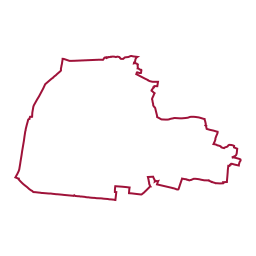 the district of Vladaia, Mehedinti, Romania
{"feature_id": "2599482B98574489737850", "entity_name": "Vladaia", "entity_type": "district", "adm_level": 2, "iso_a3": "ROU", "parent_name": "Romania", "parent_adm1": "Mehedinti", "projection": "robinson", "projection_center": [23.037, 44.369], "detail": "fine", "context": "isolated", "style": "outline", "palette": "rose", "viewbox_px": 256, "rotation_deg": 0, "n_neighbors": 0, "source": "geoboundaries", "source_scale": "gbopen_adm2", "svg_char_len": 5652}
<svg xmlns="http://www.w3.org/2000/svg" viewBox="0 0 256 256"><path d="M226.9,182.0L227.0,180.3L227.3,177.0L227.7,172.2L227.8,170.2L228.3,165.8L229.5,165.9L229.8,165.0L229.9,164.8L230.2,164.6L230.7,164.7L230.8,164.5L230.9,164.0L231.1,163.8L231.3,163.8L231.9,163.8L234.7,164.6L238.8,165.5L238.9,164.5L239.4,162.7L239.6,162.1L239.9,161.6L240.5,160.7L240.6,160.4L240.6,160.0L240.4,159.4L239.3,158.9L235.0,157.7L233.1,157.4L232.7,157.5L232.6,157.1L234.0,156.5L235.1,156.0L235.5,155.7L236.0,155.2L236.3,154.7L236.5,154.0L236.7,153.4L236.8,152.7L236.9,151.7L237.2,148.7L235.9,148.2L234.0,147.4L234.1,145.9L233.2,145.5L231.5,145.0L230.1,144.9L229.1,144.9L228.3,145.4L227.5,146.5L226.9,146.8L225.6,147.2L224.6,147.6L224.3,147.8L224.1,148.1L223.5,148.0L222.4,147.7L221.3,147.3L220.7,146.4L220.1,146.1L218.4,145.5L218.0,145.5L217.3,145.3L216.5,144.8L216.0,144.6L214.9,144.3L213.5,144.1L214.3,142.2L214.6,141.8L215.4,139.4L215.4,138.4L216.4,135.7L217.0,134.4L217.4,133.4L217.7,132.2L218.0,132.0L218.4,131.9L216.8,131.6L213.5,130.6L209.8,129.8L206.7,128.9L206.3,127.3L206.1,126.2L207.0,126.2L205.4,125.4L205.8,124.8L205.8,124.7L205.8,124.4L205.7,123.6L205.1,121.0L204.8,120.2L204.6,119.0L203.8,118.9L200.2,117.8L198.7,117.4L195.0,116.9L193.5,116.8L191.3,116.8L190.2,116.9L189.8,117.0L187.9,117.7L185.6,118.0L182.2,118.3L179.5,118.3L174.8,118.0L173.8,118.1L173.3,118.3L171.1,118.7L169.9,119.0L169.3,119.3L168.3,119.5L167.5,119.6L165.5,119.6L161.4,119.4L159.1,118.1L157.6,117.3L157.1,117.0L157.1,116.4L157.0,115.5L156.0,111.5L155.2,108.1L154.8,107.4L154.0,106.7L153.8,106.4L153.4,105.7L153.2,105.3L153.1,103.7L152.7,102.3L152.6,101.7L152.4,100.3L152.0,99.1L152.2,98.5L152.4,97.9L153.3,96.0L154.1,94.0L154.6,93.2L153.5,92.4L152.4,91.3L151.6,90.8L151.5,90.7L151.6,90.2L152.8,88.5L153.0,88.3L153.4,87.2L154.0,87.3L154.4,86.1L157.3,86.2L158.0,81.8L154.3,81.8L152.8,81.8L152.1,81.7L150.0,81.2L149.4,81.0L148.0,80.3L148.0,80.1L144.7,78.5L136.8,74.4L136.3,74.2L136.6,73.2L136.8,72.7L136.9,72.4L137.1,72.3L137.4,72.3L137.8,72.5L138.5,72.7L139.1,72.9L139.3,73.0L140.7,73.0L140.9,73.0L141.0,72.7L141.1,72.2L141.3,70.8L141.4,70.1L141.2,69.8L140.5,69.7L139.9,69.6L138.4,68.5L137.6,68.4L137.8,67.3L137.8,66.9L137.7,66.6L137.6,65.2L137.8,65.1L137.9,64.8L137.9,64.7L137.7,64.7L137.3,64.1L137.1,64.0L136.7,63.6L135.4,63.2L134.2,63.2L133.9,63.3L134.0,62.7L134.2,62.3L134.6,62.2L134.8,62.1L135.0,61.7L135.1,61.3L135.3,60.0L135.5,59.2L135.8,58.6L136.4,57.7L136.7,57.4L137.1,57.1L137.4,56.9L133.2,56.4L131.5,56.0L131.0,56.0L130.2,56.2L128.9,56.8L128.4,57.0L127.6,57.1L125.6,57.3L124.7,57.5L123.2,58.9L121.1,58.9L120.7,58.7L120.2,58.3L120.0,57.8L119.6,57.3L119.4,57.1L117.9,56.7L117.1,56.7L115.9,57.1L114.5,56.7L113.4,56.6L112.1,56.6L111.2,56.9L110.9,56.7L109.9,57.1L108.7,57.0L108.1,57.4L107.9,57.5L107.6,57.5L107.4,57.4L107.2,57.2L106.8,57.2L106.9,57.6L106.8,57.9L106.6,58.1L106.4,58.1L106.1,57.8L105.3,57.5L104.8,57.5L104.1,58.1L103.8,58.7L103.0,59.8L99.5,59.7L73.9,60.8L69.6,60.9L64.0,59.0L62.9,58.8L62.6,58.8L62.6,59.5L62.1,62.5L62.0,63.4L61.6,65.3L61.5,65.5L61.4,66.4L60.9,68.8L61.0,70.3L60.8,70.7L60.6,71.0L59.1,72.3L57.0,74.1L55.7,75.4L54.8,76.0L53.5,77.1L53.3,77.5L52.5,78.1L51.6,78.7L45.2,84.2L43.2,88.5L39.0,96.4L37.1,99.5L33.8,105.4L33.3,106.9L33.0,108.8L32.7,110.4L32.3,112.8L32.2,114.8L32.1,116.8L31.7,116.9L30.1,116.7L30.0,116.8L29.6,118.1L29.5,119.0L28.6,119.2L28.3,119.5L28.0,120.2L27.7,121.6L26.8,124.8L25.9,128.4L25.7,129.2L25.6,130.4L25.3,131.2L24.5,136.4L23.9,140.8L22.1,151.4L21.6,154.9L20.5,161.6L20.1,164.3L19.2,169.7L19.1,169.8L18.7,171.1L17.2,174.2L16.2,175.9L16.1,176.2L15.9,176.6L15.4,177.4L17.9,178.4L18.7,178.6L18.5,179.1L19.3,180.1L20.4,181.3L22.0,182.9L23.4,184.2L25.4,185.8L27.1,187.1L29.4,189.2L31.3,190.5L32.3,191.0L33.1,191.9L33.7,192.1L34.7,192.1L39.0,192.6L40.3,192.7L40.6,192.8L41.9,193.0L42.7,193.0L48.6,193.5L50.6,193.5L52.6,193.8L54.5,194.0L55.9,194.2L58.0,194.3L62.2,194.7L63.7,194.9L72.3,195.7L73.2,195.8L73.7,195.9L74.2,195.3L74.4,195.5L74.8,195.7L75.2,195.8L75.5,196.0L76.8,196.1L78.2,196.3L78.8,196.2L79.5,196.3L80.2,196.5L81.3,196.5L84.1,196.8L85.0,196.9L85.6,197.1L87.2,197.3L88.6,197.3L89.3,197.5L92.2,197.8L94.5,197.9L96.6,198.2L101.9,198.4L102.8,198.6L105.0,198.8L107.8,199.0L109.2,199.3L111.1,199.4L113.1,199.6L114.2,199.7L114.5,199.9L115.4,200.0L116.3,192.1L114.9,192.0L114.9,190.0L115.1,187.5L115.3,186.2L122.2,186.7L126.3,187.1L129.6,187.5L129.4,188.7L129.2,190.3L129.1,191.9L129.0,192.6L129.0,193.2L131.9,193.4L135.1,193.8L141.1,194.5L141.6,194.4L141.9,194.2L142.9,193.4L143.7,192.8L144.4,192.2L144.9,191.6L145.8,190.8L148.1,188.5L149.6,187.0L150.2,186.3L150.3,186.3L149.9,185.7L149.6,184.7L149.2,183.9L149.1,182.8L149.1,182.3L148.8,181.4L148.6,180.0L148.1,177.8L147.9,177.0L153.1,176.7L153.5,177.7L153.9,178.6L154.1,178.9L154.8,180.6L154.9,181.1L154.8,181.6L155.3,181.3L155.7,180.8L157.2,181.3L157.7,181.1L158.2,181.0L157.9,181.6L157.0,184.4L172.1,187.9L172.4,188.1L173.4,188.2L174.7,188.6L175.6,188.9L176.4,189.3L176.9,189.4L177.4,189.5L177.9,189.4L178.3,189.4L178.6,189.0L180.1,184.4L182.1,178.6L182.5,178.8L183.2,178.8L184.1,179.0L184.7,179.1L185.6,179.2L186.7,179.4L187.2,179.9L187.3,179.9L187.7,179.8L188.3,179.9L189.2,180.4L190.5,180.0L191.0,180.0L192.3,179.4L193.7,178.8L195.5,178.8L198.2,179.1L199.4,179.3L201.0,179.7L204.2,180.3L207.8,180.4L208.2,180.3L208.4,180.4L208.7,180.3L208.8,180.5L209.0,180.6L208.9,180.7L209.0,180.8L209.3,180.8L209.5,180.9L210.6,181.5L211.2,181.6L211.5,181.8L211.6,182.0L212.1,181.9L212.4,182.1L212.5,182.2L215.2,183.0L215.5,183.2L215.9,183.3L216.5,183.2L219.4,183.4L220.8,183.4L223.2,183.3L223.4,183.2L223.6,182.9L223.3,182.2L226.9,182.0Z" fill="none" stroke="#9f1239" stroke-width="2"/></svg>